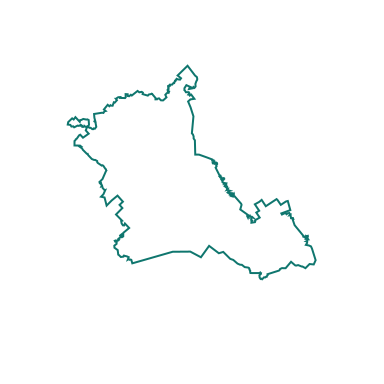 Tecpatán, Chiapas, Mexico (Albers equal-area conic projection), rotated 219°
{"feature_id": "50627088B96420175301119", "entity_name": "Tecpatán", "entity_type": "district", "adm_level": 2, "iso_a3": "MEX", "parent_name": "Mexico", "parent_adm1": "Chiapas", "projection": "albers", "projection_center": [-93.585, 17.19], "detail": "fine", "context": "isolated", "style": "outline", "palette": "teal", "viewbox_px": 384, "rotation_deg": 219, "n_neighbors": 0, "source": "geoboundaries", "source_scale": "gbopen_adm2", "svg_char_len": 6067}
<svg xmlns="http://www.w3.org/2000/svg" viewBox="0 0 384 384"><g transform="rotate(219 192 192)"><path d="M270.2,141.5L269.3,141.2L268.6,141.9L267.8,141.3L268.2,140.8L266.9,140.7L266.2,140.3L266.0,139.6L265.7,140.2L264.0,138.9L260.9,138.4L260.6,138.9L259.4,134.4L259.7,131.1L256.5,132.7L249.8,127.7L249.1,134.8L247.6,142.3L239.6,141.0L240.2,136.4L236.0,135.7L236.9,126.7L228.2,125.7L228.7,124.8L226.9,123.3L224.7,122.6L223.7,123.3L224.3,125.3L218.2,124.5L219.7,117.0L217.5,114.2L218.0,112.8L219.7,113.1L219.1,115.0L220.0,115.1L220.5,112.9L219.0,112.1L219.8,109.2L219.5,108.5L218.7,108.8L218.7,108.1L219.8,106.5L220.7,106.5L221.3,105.5L220.4,105.1L219.1,105.8L218.0,104.2L218.6,101.4L217.2,99.9L213.2,100.1L209.9,96.9L209.1,97.0L206.4,96.7L204.6,98.6L204.9,99.3L204.8,100.6L204.5,99.8L202.1,101.0L200.2,101.5L199.3,99.0L198.9,100.0L197.8,100.1L197.6,100.6L196.5,101.1L193.5,99.0L169.4,133.4L155.8,144.6L144.0,146.9L144.8,160.9L132.6,161.3L130.0,165.1L120.2,164.1L117.2,165.2L111.6,165.0L109.0,165.7L107.4,166.8L103.8,166.8L100.8,168.6L99.9,168.8L98.6,168.2L98.5,167.8L97.0,167.3L96.7,166.6L95.6,165.8L88.6,171.4L88.4,172.1L87.8,171.6L87.2,172.2L86.9,171.7L87.2,169.7L85.6,168.1L84.0,167.6L83.7,168.2L82.6,168.3L82.3,171.1L81.3,171.7L81.2,172.6L80.6,173.1L80.9,173.8L80.8,174.9L81.6,175.6L75.0,185.6L74.8,186.3L75.1,187.6L74.2,189.4L71.3,191.7L71.1,200.1L65.7,199.9L64.8,200.3L63.5,202.0L59.9,203.1L59.3,203.6L55.9,204.2L55.3,210.0L51.8,212.3L53.0,216.8L63.1,223.5L65.3,224.6L67.5,224.0L70.2,222.6L70.5,224.9L71.4,226.0L72.2,225.6L71.7,226.9L72.9,228.2L72.3,228.5L72.6,228.6L73.5,228.0L73.8,228.4L74.0,228.2L73.5,227.6L74.0,227.2L74.1,227.8L75.2,228.5L75.1,229.0L74.7,228.9L75.2,229.5L74.7,229.5L74.4,230.3L73.6,229.3L73.9,230.3L74.4,230.8L75.6,229.5L75.2,229.0L75.9,228.8L75.6,228.2L75.9,227.8L76.3,228.1L76.5,227.7L77.4,227.3L78.3,228.1L91.4,230.8L96.5,234.0L96.1,234.6L97.2,235.3L98.6,234.0L100.9,236.1L101.5,235.4L101.5,236.7L102.3,236.4L103.2,236.9L104.1,235.8L104.6,234.2L106.2,234.7L107.9,231.1L109.1,231.6L104.2,239.8L111.9,245.3L113.0,243.8L114.9,237.9L120.5,239.6L121.8,239.7L125.7,227.4L132.9,229.7L133.5,226.7L135.4,222.0L128.0,219.7L129.1,216.5L123.3,214.7L125.2,209.7L124.3,208.9L124.1,208.2L126.5,205.5L127.2,206.4L127.3,207.7L128.4,207.5L130.0,209.6L128.4,210.4L129.7,210.5L131.3,209.6L132.1,210.0L132.2,209.5L133.0,209.1L133.1,208.3L132.4,207.9L132.8,207.8L132.6,207.4L133.7,207.9L133.4,208.5L134.0,208.7L133.6,209.4L143.5,208.8L145.4,213.2L146.4,213.8L156.2,215.5L156.6,214.9L157.1,214.9L157.2,214.3L158.4,213.8L158.6,213.9L158.3,214.9L157.6,215.8L157.8,215.7L158.1,216.8L158.5,217.1L158.6,215.7L159.6,216.3L160.1,216.2L161.0,216.5L160.1,215.6L161.7,215.4L159.3,215.0L160.1,214.8L159.3,214.6L159.9,214.4L159.7,214.2L159.8,213.7L160.6,214.6L160.8,214.4L160.6,213.9L161.0,213.7L161.4,214.7L161.6,214.4L161.9,214.8L162.3,214.6L162.2,215.0L164.0,214.2L164.0,214.8L162.9,215.1L164.1,215.6L163.3,216.8L164.3,216.4L165.7,216.3L166.2,215.6L166.3,217.4L166.8,217.1L166.5,216.0L167.2,215.7L166.8,216.1L167.0,217.1L168.8,217.1L167.9,217.7L168.2,218.4L169.9,218.2L170.0,218.6L170.5,218.1L170.8,220.3L172.1,219.6L172.0,219.3L172.6,218.3L173.3,219.1L174.7,218.9L175.6,220.1L175.5,220.8L176.3,220.0L177.0,220.2L176.6,221.0L175.2,221.5L175.2,222.1L176.2,223.5L176.1,223.0L176.4,222.5L176.0,222.2L176.3,221.9L178.0,221.6L178.4,221.3L178.7,221.8L179.4,221.3L179.7,221.8L179.9,221.5L180.1,221.5L179.9,221.9L180.3,222.3L180.6,222.2L180.6,222.6L181.5,222.4L189.0,225.8L189.0,227.3L189.8,227.8L190.0,229.5L190.7,230.2L191.4,230.2L191.7,228.9L192.2,229.0L192.2,228.1L192.5,228.0L192.7,229.3L193.2,229.6L193.1,229.2L193.5,228.9L194.0,227.5L194.4,227.7L194.3,228.8L195.4,230.0L196.2,229.2L196.8,230.0L201.7,228.4L210.0,225.5L213.0,223.1L222.3,234.0L224.4,234.6L225.7,236.2L227.5,237.3L229.0,237.5L238.5,251.7L246.4,256.9L252.0,259.9L251.5,263.0L248.8,265.9L253.9,267.2L254.4,265.7L254.8,266.0L256.1,265.4L256.1,267.1L257.4,267.5L259.5,265.7L261.7,266.5L262.0,266.4L263.2,267.9L263.6,271.5L259.0,272.7L259.4,271.4L259.1,270.2L256.5,273.3L256.9,274.5L255.6,274.5L255.6,276.2L257.4,278.2L258.3,280.7L258.6,282.5L259.4,283.5L260.6,284.4L262.9,284.4L274.9,287.3L276.5,273.5L272.1,273.5L272.0,271.8L273.9,270.6L275.2,270.3L275.0,268.1L274.7,268.1L274.7,267.8L275.2,267.6L274.4,265.5L275.0,265.2L275.0,263.0L276.6,261.6L275.9,260.8L276.5,259.8L277.0,260.1L277.3,259.3L276.0,258.0L275.7,258.2L274.8,256.9L275.1,256.6L274.8,256.3L275.1,255.9L274.2,255.1L273.0,255.6L272.6,254.4L273.2,254.3L273.8,252.8L273.9,250.7L271.4,249.5L272.1,245.0L273.8,243.7L276.6,244.0L277.8,242.3L277.6,242.0L278.7,241.0L278.9,241.2L278.8,242.0L284.8,243.1L285.3,243.8L285.1,242.8L286.9,240.6L287.0,239.1L292.0,237.0L292.7,238.3L294.1,238.2L295.7,236.3L297.9,236.3L299.5,229.1L300.7,229.1L301.1,226.9L302.3,226.2L303.5,227.5L305.2,226.3L303.1,223.8L303.1,222.9L307.0,219.9L307.4,220.7L309.0,219.2L309.6,217.3L309.3,216.8L309.7,216.5L308.1,216.1L308.3,212.8L309.2,212.5L308.0,209.1L309.4,208.1L310.0,208.1L310.2,206.6L312.4,206.7L312.4,200.7L310.1,200.6L310.8,199.7L310.6,197.7L311.7,197.1L317.2,191.0L314.5,188.2L311.6,186.1L313.1,185.4L311.0,185.5L307.4,182.4L307.3,180.1L308.4,179.5L308.2,178.8L309.1,178.1L311.2,178.1L312.0,177.4L313.6,177.2L314.5,179.6L317.6,182.9L319.0,182.6L319.7,181.8L322.5,180.3L323.4,178.2L324.1,177.6L323.4,175.9L329.7,176.8L329.6,173.9L331.5,173.8L332.2,168.4L331.0,166.2L328.8,167.6L326.9,167.0L325.6,168.3L324.3,168.1L322.7,171.6L321.9,171.9L321.2,172.9L320.5,173.1L320.3,173.5L320.8,173.9L320.7,174.2L318.9,174.3L318.4,173.6L317.6,174.0L316.9,175.2L317.1,175.6L316.0,175.6L315.1,176.3L314.7,177.2L313.3,173.0L309.0,172.3L310.9,165.6L314.9,166.2L315.4,165.0L315.1,160.9L315.5,159.8L315.2,158.8L315.4,157.7L312.6,154.2L308.2,157.6L306.9,157.6L307.8,156.5L304.8,156.7L303.4,156.1L297.7,155.5L297.1,156.0L295.9,155.3L290.6,154.6L288.3,155.3L287.4,156.0L285.2,156.4L284.2,155.4L283.3,155.3L278.8,155.7L278.6,156.3L277.5,156.6L274.0,155.5L273.2,155.5L272.3,154.8L271.2,154.6L272.0,154.6L272.0,154.0L269.7,145.7L270.2,141.5Z" fill="none" stroke="#0f766e" stroke-width="2"/></g></svg>